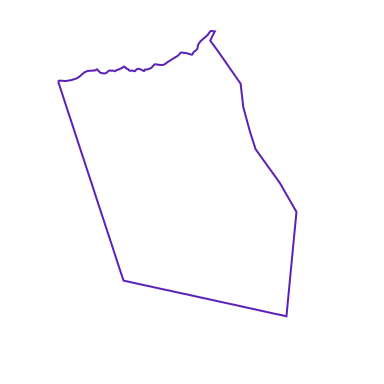 the border of Ennedi, rotated 162°
{"feature_id": "TCD-5579", "entity_name": "Ennedi", "entity_type": "Préfecture", "adm_level": 1, "iso_a3": "TCD", "parent_name": "Chad", "parent_adm1": "", "projection": "natural_earth1", "projection_center": [22.297, 18.351], "detail": "fine", "context": "isolated", "style": "outline", "palette": "violet", "viewbox_px": 384, "rotation_deg": 162, "n_neighbors": 0, "source": "natural_earth", "source_scale": "10m", "svg_char_len": 2523}
<svg xmlns="http://www.w3.org/2000/svg" viewBox="0 0 384 384"><g transform="rotate(162 192 192)"><path d="M140.6,44.6L146.3,48.0L152.1,51.3L157.8,54.7L163.6,58.1L169.3,61.5L175.0,64.8L180.8,68.2L186.5,71.6L192.3,74.9L198.1,78.3L203.8,81.7L209.6,85.1L215.3,88.4L221.1,91.8L226.8,95.2L232.6,98.5L238.4,101.9L244.1,105.3L249.9,108.6L255.7,112.0L261.4,115.4L267.2,118.7L273.0,122.1L278.7,125.5L284.5,128.9L284.6,141.7L284.6,154.5L284.6,167.3L284.7,180.2L284.7,193.0L284.8,205.8L284.8,218.6L284.8,231.4L284.9,244.3L284.9,257.1L285.0,269.9L285.0,282.7L285.0,295.5L285.1,308.3L285.1,321.2L285.1,334.0L285.2,337.1L284.6,338.8L283.3,338.8L277.9,336.6L272.1,335.7L266.8,335.7L263.7,336.4L257.5,339.0L254.0,339.4L246.8,337.6L244.5,338.0L244.5,337.9L242.2,333.7L241.8,333.3L241.6,333.2L238.8,331.9L237.7,331.7L237.3,331.7L236.9,331.7L236.3,331.9L235.9,332.0L235.0,332.5L234.0,332.9L233.4,333.0L233.1,333.0L232.6,332.9L232.0,332.7L231.7,332.5L231.4,332.3L231.1,332.2L229.9,332.0L229.7,331.9L228.5,331.0L228.3,330.8L228.0,330.7L227.6,330.7L227.0,330.9L226.1,331.3L225.7,331.3L224.4,331.2L223.4,331.2L221.7,331.5L220.3,331.6L219.8,331.7L219.5,331.8L218.9,332.2L218.6,332.3L218.3,332.3L217.8,332.2L217.5,332.0L217.3,331.8L217.2,331.5L217.2,331.2L216.9,330.8L216.6,330.7L216.3,330.3L216.2,329.7L215.9,329.3L215.7,329.2L215.3,329.0L215.1,328.9L215.0,328.7L214.8,328.5L214.7,328.3L214.4,327.4L214.3,327.1L214.1,326.8L212.2,326.1L211.6,326.0L210.6,325.6L210.4,325.4L210.2,325.3L209.8,324.9L209.6,324.7L209.4,324.7L209.0,324.6L208.7,324.7L208.3,324.9L207.8,325.3L207.6,325.4L206.8,325.7L206.6,325.8L206.2,325.8L205.8,325.8L205.1,325.7L204.7,325.6L204.1,325.3L203.7,325.1L201.8,323.4L200.5,321.9L200.4,321.8L200.1,321.9L199.8,322.1L199.2,322.8L198.7,323.0L197.5,322.6L196.3,322.3L194.8,322.3L192.8,322.6L191.5,323.0L190.4,323.8L188.3,324.8L188.0,324.9L187.7,324.9L186.8,324.6L184.7,323.4L180.8,321.9L180.6,321.8L179.8,321.8L179.4,321.8L177.6,322.2L175.2,323.1L163.3,326.0L162.7,326.2L160.0,327.9L159.7,328.0L159.3,328.0L158.8,327.9L153.6,325.3L150.2,322.9L149.8,322.7L149.5,322.6L149.3,322.7L148.6,323.2L147.5,324.3L146.7,324.8L143.9,325.7L143.1,326.3L142.7,326.6L142.3,327.0L142.2,327.2L141.4,329.0L140.8,329.9L140.1,330.7L137.1,332.9L129.0,336.3L127.4,337.4L126.0,338.5L125.6,338.8L124.6,339.2L124.2,339.2L123.7,339.1L122.6,338.6L121.8,338.2L121.4,337.9L121.1,337.8L120.7,337.7L127.9,330.4L123.8,318.1L112.3,280.0L117.0,256.8L118.2,232.2L118.3,213.1L105.7,173.6L98.8,140.8L140.6,44.6Z" fill="none" stroke="#5b21b6" stroke-width="2"/></g></svg>